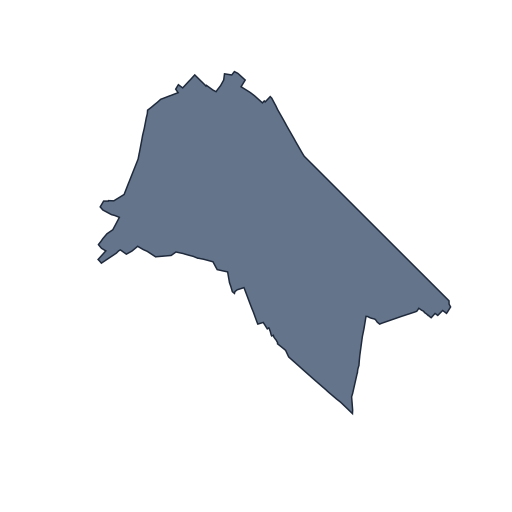 the district of Alūksne, Aluksne, Latvia, rotated 54°
{"feature_id": "27541924B6275122362783", "entity_name": "Alūksne", "entity_type": "district", "adm_level": 2, "iso_a3": "LVA", "parent_name": "Latvia", "parent_adm1": "Aluksne", "projection": "mercator", "projection_center": [27.066, 57.422], "detail": "fine", "context": "isolated", "style": "filled", "palette": "slate", "viewbox_px": 512, "rotation_deg": 54, "n_neighbors": 0, "source": "geoboundaries", "source_scale": "gbopen_adm2", "svg_char_len": 3517}
<svg xmlns="http://www.w3.org/2000/svg" viewBox="0 0 512 512"><g transform="rotate(54 256 256)"><path d="M90.1,174.4L93.9,178.0L94.7,178.8L96.1,181.8L97.4,184.6L98.7,189.1L98.9,189.7L99.6,191.7L96.7,193.2L88.8,195.8L89.1,196.6L88.0,196.7L86.2,197.0L83.6,197.4L83.2,197.5L73.5,199.1L74.0,201.7L74.8,205.4L75.2,207.8L76.0,211.8L76.6,214.8L76.9,216.5L75.1,217.1L71.8,218.1L72.9,220.8L73.8,222.9L78.1,223.0L75.6,232.1L73.9,238.5L73.2,241.0L73.7,245.5L73.9,249.7L74.2,253.8L74.3,258.0L76.9,260.2L78.3,261.8L79.6,263.4L82.7,266.7L85.8,270.0L87.1,271.4L88.3,272.8L91.8,276.9L95.1,280.3L103.3,289.0L103.7,289.4L104.4,290.3L105.4,291.3L108.3,294.4L118.3,310.2L121.3,314.9L121.7,315.6L127.9,325.3L128.7,326.5L127.9,337.1L127.8,338.6L124.5,342.8L124.8,343.2L122.0,347.0L124.7,353.2L126.1,353.1L126.5,353.0L127.1,353.0L128.7,352.9L137.6,348.6L140.0,346.6L144.4,343.8L145.9,346.8L148.4,351.9L150.6,356.4L150.5,360.0L150.4,363.5L150.7,364.7L151.8,369.2L152.0,369.9L152.6,371.6L153.0,372.7L153.5,374.5L153.6,374.9L154.0,376.3L154.2,376.8L158.9,376.5L163.6,374.5L163.7,375.1L166.0,385.8L167.3,385.6L168.2,385.5L169.3,385.4L170.9,385.3L171.6,367.3L171.1,364.2L171.3,362.2L171.6,362.1L171.8,362.0L177.1,360.2L178.3,359.8L179.1,353.5L178.6,346.0L179.4,345.7L184.6,343.4L188.2,341.3L197.7,337.7L198.2,336.7L199.2,335.1L205.7,324.3L205.7,321.6L205.7,318.4L206.5,317.7L211.5,313.2L212.3,312.7L216.1,309.7L219.5,306.9L220.2,306.5L223.6,304.4L223.7,304.2L224.8,303.1L225.5,302.5L227.7,300.4L231.4,297.4L234.9,294.6L235.4,294.2L240.9,295.0L244.2,295.4L248.5,291.6L252.2,288.3L256.6,290.5L259.3,291.8L261.9,293.1L262.1,293.1L262.3,293.2L262.5,293.3L265.9,294.3L270.9,296.1L272.2,295.8L273.6,295.4L273.0,294.7L272.4,293.9L272.3,291.0L273.5,287.4L274.5,284.3L282.9,286.6L291.2,288.9L295.7,290.1L300.2,291.2L305.0,292.6L309.9,294.0L310.0,294.0L311.1,294.3L312.1,294.6L312.4,294.0L312.5,293.4L312.7,293.0L312.8,292.7L314.0,289.2L321.6,289.7L321.7,287.9L322.7,288.0L323.9,288.4L325.2,288.7L326.8,289.3L327.0,289.4L328.7,290.1L329.9,290.3L330.3,288.6L332.2,289.2L332.3,289.2L334.1,289.2L335.0,289.2L335.9,289.1L337.8,289.4L338.5,289.3L339.7,290.2L341.1,289.8L342.9,289.3L344.7,288.8L345.1,288.7L349.7,287.5L356.9,288.9L382.1,283.4L387.9,282.1L392.8,281.0L396.6,280.1L401.4,279.0L406.0,277.9L407.5,277.7L418.2,275.1L418.4,275.1L423.9,273.5L440.2,270.6L437.5,268.4L426.1,261.4L424.0,258.6L410.9,243.7L410.0,242.5L408.6,241.3L407.2,239.9L406.5,239.0L405.0,237.0L401.2,233.8L400.1,232.8L397.5,230.5L383.7,217.3L378.4,211.5L369.5,202.5L370.3,201.6L370.6,201.2L371.9,200.6L373.2,199.9L374.3,199.1L375.3,198.3L376.1,197.6L376.9,197.0L378.4,196.7L380.7,196.8L383.8,196.0L384.3,193.8L390.5,173.3L391.2,171.2L392.4,167.4L392.8,166.3L393.6,163.7L394.4,161.2L394.8,159.9L395.2,158.5L394.6,156.6L394.5,156.4L394.0,155.0L397.4,153.8L397.7,153.6L398.5,153.2L399.6,152.8L399.8,152.8L400.6,153.0L403.1,152.1L405.3,151.7L405.3,151.4L407.0,151.1L408.2,150.8L408.9,150.6L408.8,149.9L407.7,144.9L410.9,143.9L410.8,143.2L409.8,137.0L411.4,136.5L414.4,135.6L413.8,133.9L411.6,128.5L408.5,128.1L405.7,126.2L203.6,158.4L202.6,158.3L202.4,158.3L200.8,158.2L194.2,157.5L186.7,156.7L183.7,156.3L173.6,155.2L167.3,154.5L167.1,154.4L161.3,153.7L150.4,152.5L145.7,151.6L144.6,151.5L137.6,150.5L135.4,150.8L136.5,156.6L136.6,157.7L136.7,158.0L135.4,158.2L135.9,160.8L127.9,162.5L125.6,163.0L121.2,164.3L119.2,165.0L110.3,168.6L108.2,163.5L107.3,161.3L97.7,163.3L97.2,163.5L94.1,165.1L95.3,169.2L91.0,173.5L90.1,174.4Z" fill="#64748b" stroke="#1e293b" stroke-width="1.5"/></g></svg>